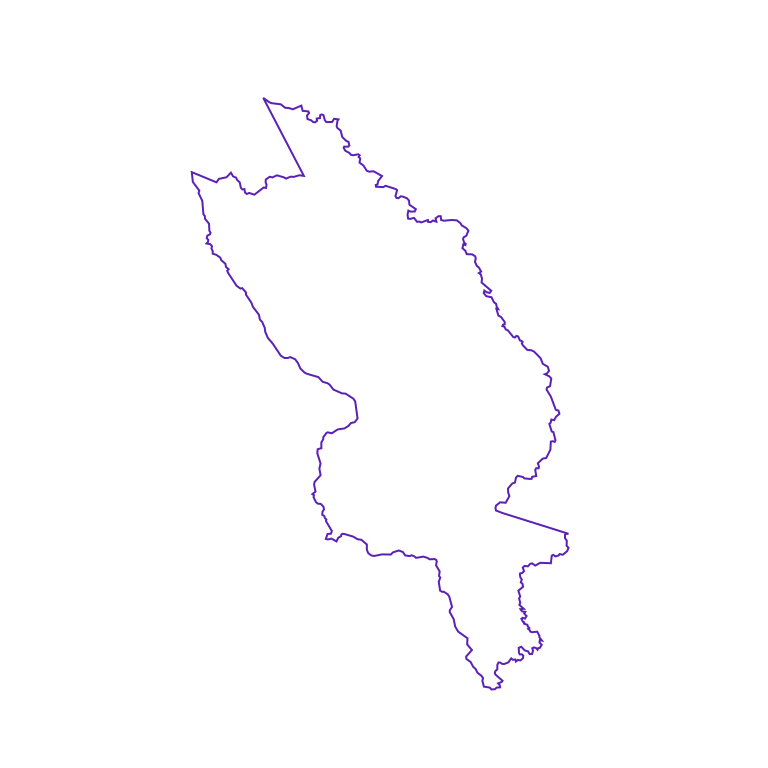 Porangatu, Goiás, Brazil (Equal Earth projection), rotated 305°
{"feature_id": "56859067B80111978571886", "entity_name": "Porangatu", "entity_type": "district", "adm_level": 2, "iso_a3": "BRA", "parent_name": "Brazil", "parent_adm1": "Goiás", "projection": "equal_earth", "projection_center": [-49.251, -13.28], "detail": "fine", "context": "isolated", "style": "outline", "palette": "violet", "viewbox_px": 768, "rotation_deg": 305, "n_neighbors": 0, "source": "geoboundaries", "source_scale": "gbopen_adm2", "svg_char_len": 6166}
<svg xmlns="http://www.w3.org/2000/svg" viewBox="0 0 768 768"><g transform="rotate(305 384 384)"><path d="M353.2,370.4L340.6,382.1L335.9,381.9L333.1,379.3L329.2,378.9L324.9,377.1L320.2,372.1L313.7,369.5L312.1,365.6L310.8,364.9L305.5,364.8L303.9,365.9L300.2,366.2L295.5,369.5L292.5,367.1L288.9,369.2L282.5,377.6L277.6,379.6L272.9,384.4L263.9,383.3L261.4,384.5L256.6,389.6L252.7,388.5L252.8,390.4L250.9,391.2L248.2,396.0L248.0,398.4L249.5,400.9L248.8,404.7L246.9,406.8L244.2,406.8L241.4,408.5L241.6,410.9L240.2,412.5L240.0,414.5L238.6,414.9L237.7,416.6L233.7,425.6L230.9,426.4L228.8,423.8L223.7,425.2L224.5,427.2L227.2,429.6L227.8,435.4L231.8,434.7L234.7,436.1L236.1,435.4L237.4,435.8L238.4,437.6L241.3,446.2L241.7,451.4L243.4,454.8L242.7,462.0L238.4,465.0L236.4,468.1L236.3,472.0L237.5,474.6L243.3,480.1L248.2,487.4L251.2,487.9L256.1,491.6L257.2,495.9L255.7,499.6L257.8,503.8L259.5,504.8L260.2,507.5L260.0,510.0L265.2,515.3L266.5,519.4L266.5,521.8L269.7,526.0L269.8,527.7L269.0,528.9L265.3,530.7L262.4,537.1L258.3,539.2L257.7,541.1L253.4,542.3L246.9,548.5L247.1,550.8L248.1,552.1L248.3,556.7L247.3,559.4L240.4,567.6L236.4,567.7L234.9,568.6L231.4,575.9L226.1,581.5L223.7,586.7L223.6,598.2L218.4,601.5L216.5,608.6L207.9,607.6L206.0,609.2L206.0,614.4L203.5,619.2L203.1,622.6L201.1,626.1L200.9,631.0L199.9,633.8L197.2,634.9L193.4,639.4L196.0,644.8L195.4,647.2L197.6,649.9L199.9,650.4L202.1,653.1L203.7,651.6L204.2,649.2L207.4,651.3L208.9,651.3L209.9,642.0L210.7,640.6L212.7,639.9L215.2,640.5L219.0,637.9L221.5,637.5L222.5,639.0L222.5,641.3L223.5,643.0L227.2,645.5L232.2,645.6L232.0,647.7L233.7,649.6L232.3,651.2L234.7,651.9L235.8,654.3L239.1,655.1L241.4,653.9L241.6,651.9L240.4,650.4L241.1,648.9L245.1,645.7L247.5,647.1L246.5,652.1L247.6,655.5L246.3,658.2L247.7,660.1L251.0,659.1L252.6,657.0L254.1,657.8L254.9,659.8L254.4,662.2L256.0,661.8L257.3,663.0L260.8,662.8L261.4,659.6L263.6,658.6L264.4,660.5L265.6,656.6L266.8,655.8L269.0,651.6L265.5,647.5L265.1,645.7L266.0,644.6L266.1,642.5L267.5,642.9L267.8,640.9L269.0,639.6L268.0,636.1L269.2,635.6L269.0,634.0L270.5,631.2L272.0,631.7L272.6,634.0L275.7,633.9L276.3,630.6L278.4,630.4L276.9,627.5L277.8,624.9L280.0,627.5L280.7,621.6L282.9,621.1L285.9,617.6L288.0,617.5L291.8,612.6L297.7,614.2L299.8,612.0L300.0,609.8L302.9,609.0L303.6,606.9L305.7,604.7L306.9,604.1L308.4,605.6L311.0,606.1L313.2,603.0L315.5,603.4L317.2,606.5L320.6,606.9L322.0,608.2L322.1,612.1L327.1,614.5L332.9,623.5L339.6,619.9L341.1,620.6L341.1,623.3L343.7,625.4L345.4,625.4L346.7,628.4L352.2,629.9L355.7,629.1L356.2,626.4L360.5,623.6L361.6,620.6L364.2,618.8L365.6,619.2L367.1,621.0L346.3,555.1L344.6,548.2L346.6,546.3L348.7,545.5L353.7,547.0L356.5,551.8L364.1,551.0L366.4,547.9L369.5,545.5L376.0,546.1L378.4,547.8L383.1,545.8L385.5,546.2L387.5,551.2L387.2,553.1L389.8,557.8L391.0,559.3L392.9,558.6L396.0,561.5L400.4,557.1L402.4,557.0L403.6,559.0L405.0,558.6L407.3,555.5L413.9,556.8L416.4,559.3L425.6,558.0L432.5,553.7L433.9,555.0L434.4,557.0L436.2,556.8L441.8,550.3L441.3,548.6L446.2,542.3L447.9,542.7L450.9,541.5L451.9,544.1L455.9,543.7L460.2,544.8L462.3,542.1L461.4,539.5L469.4,527.9L472.7,520.3L474.7,519.6L477.4,521.3L484.4,517.9L485.1,515.0L484.3,510.2L486.0,511.4L489.4,511.7L492.1,508.2L491.6,502.6L495.0,497.3L496.6,488.4L496.2,485.5L494.1,481.8L495.4,475.3L496.4,473.5L497.9,473.5L498.2,471.9L497.6,470.4L499.9,466.6L499.3,464.8L497.3,464.7L496.6,463.1L499.0,454.6L498.5,452.4L500.0,449.9L499.3,447.8L500.9,447.5L502.1,448.6L504.0,447.4L506.0,441.6L505.7,438.4L510.0,433.0L510.8,434.7L512.0,431.9L514.0,429.8L514.0,427.3L516.7,422.3L514.6,417.4L515.7,413.5L518.1,412.6L518.0,415.4L519.2,418.3L521.9,418.4L523.1,405.7L526.5,403.9L529.3,400.4L529.3,398.1L531.8,399.1L533.8,394.9L534.0,392.3L536.2,388.5L539.4,387.2L540.9,385.5L540.8,381.9L537.8,377.3L539.8,374.2L540.2,370.4L543.9,368.9L544.5,371.0L545.7,370.5L545.7,368.7L548.1,365.6L549.8,365.1L552.6,366.4L558.0,365.2L558.9,362.1L558.5,356.9L559.6,354.3L559.8,349.8L557.2,345.4L552.1,339.4L551.1,336.8L554.0,334.2L552.7,332.4L549.3,331.2L547.0,333.8L546.0,330.3L543.4,329.4L542.1,327.2L543.5,325.9L537.7,321.8L537.3,319.7L535.8,318.1L537.3,313.3L534.4,310.9L533.3,308.9L536.2,306.2L540.0,304.5L540.4,306.8L542.9,310.2L545.5,309.8L545.4,302.0L548.6,299.3L549.3,296.2L548.3,292.0L547.4,290.1L544.4,289.2L543.6,287.4L544.5,285.6L550.3,283.5L550.4,281.7L547.3,271.7L544.8,270.4L541.0,264.3L542.3,263.1L543.8,264.2L546.9,262.8L553.2,263.1L552.3,253.5L549.4,250.0L548.8,247.6L551.2,241.7L551.3,237.0L555.1,235.2L555.4,233.0L557.4,232.9L557.4,231.1L553.7,227.6L552.8,225.4L553.4,223.3L552.9,218.5L554.3,215.5L555.6,215.2L557.8,218.5L559.5,218.8L562.0,216.0L561.5,213.7L562.3,208.3L566.7,203.2L567.0,198.9L567.9,197.4L572.9,194.9L574.6,194.9L572.6,191.0L568.9,191.2L565.5,186.6L566.1,184.3L569.5,180.2L569.0,178.3L567.7,177.5L565.1,179.0L562.8,176.6L561.2,178.2L558.9,177.5L557.9,175.8L558.2,172.7L557.1,169.4L559.7,167.0L563.0,167.2L563.9,165.7L561.1,160.7L564.6,156.6L556.7,151.7L555.5,147.8L553.6,144.6L553.9,139.0L549.5,130.7L549.0,128.3L549.1,121.0L508.5,199.0L506.5,195.0L501.9,191.3L500.3,188.6L496.1,186.0L495.8,183.2L493.5,176.6L489.2,174.1L488.2,171.5L483.7,169.9L481.3,171.3L480.0,173.4L476.9,174.9L475.9,172.7L464.7,169.2L463.2,164.0L461.0,162.7L461.1,160.4L463.6,157.9L462.1,156.3L462.7,154.1L466.4,150.2L467.0,146.2L468.2,144.7L467.5,141.3L469.3,137.4L463.0,136.4L457.3,131.1L453.1,131.1L447.3,105.0L439.9,111.5L436.4,121.9L434.0,122.6L429.8,130.1L419.5,138.7L418.8,140.9L416.7,142.6L414.9,148.8L409.4,153.0L408.4,155.2L406.8,155.6L404.2,154.2L401.8,155.1L401.3,157.4L399.5,158.3L397.3,158.1L398.9,161.4L398.2,164.1L396.1,164.9L394.3,167.8L392.5,168.9L393.6,172.4L393.6,177.5L392.1,179.6L391.5,185.1L389.2,187.5L388.9,190.9L386.8,190.6L385.4,193.0L379.9,206.9L379.8,211.6L381.2,212.9L379.8,218.5L378.1,219.5L374.5,228.8L372.0,232.4L369.0,241.8L365.6,245.4L364.9,248.7L361.6,254.1L358.6,256.8L355.1,262.5L353.1,270.2L348.0,283.2L348.2,287.5L350.1,290.3L352.3,291.8L353.3,297.0L351.8,301.5L348.7,306.6L347.8,312.2L348.1,314.8L352.0,326.3L350.6,332.5L352.3,337.4L352.2,340.0L350.4,345.8L352.2,354.9L354.1,358.1L354.4,367.4L353.2,370.4Z" fill="none" stroke="#5b21b6" stroke-width="2"/></g></svg>